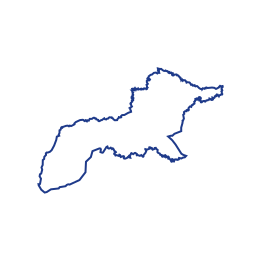 José Pedro Varela, Lavalleja, Uruguay, rotated 341°
{"feature_id": "84410073B20043717754830", "entity_name": "José Pedro Varela", "entity_type": "district", "adm_level": 2, "iso_a3": "URY", "parent_name": "Uruguay", "parent_adm1": "Lavalleja", "projection": "natural_earth1", "projection_center": [-54.355, -33.484], "detail": "fine", "context": "isolated", "style": "outline", "palette": "blue", "viewbox_px": 256, "rotation_deg": 341, "n_neighbors": 0, "source": "geoboundaries", "source_scale": "gbopen_adm2", "svg_char_len": 5965}
<svg xmlns="http://www.w3.org/2000/svg" viewBox="0 0 256 256"><g transform="rotate(341 128 128)"><path d="M120.3,117.0L118.1,116.4L117.1,115.1L116.7,113.7L116.0,113.3L116.0,112.6L115.0,112.4L114.3,111.9L113.2,112.0L112.4,112.6L111.0,112.4L110.2,112.8L109.0,112.1L108.7,111.1L105.9,112.0L105.3,111.8L103.3,112.2L102.8,112.1L102.3,111.6L102.4,110.6L100.8,109.5L100.9,108.8L100.7,108.4L99.9,108.2L99.7,107.5L98.6,107.1L96.9,107.6L94.8,106.9L93.3,108.3L92.1,107.5L91.3,108.4L90.8,108.0L90.8,107.3L90.5,106.8L89.1,107.2L88.4,105.9L87.9,105.5L85.2,104.9L80.5,105.4L78.7,106.3L78.6,107.1L75.4,107.6L74.7,107.6L73.8,106.8L72.7,107.2L71.9,106.2L70.2,105.8L67.0,105.8L66.1,106.3L65.8,105.6L65.0,105.8L63.7,107.7L62.5,107.9L61.6,110.4L60.2,111.9L60.4,112.9L57.9,113.0L56.3,115.9L52.4,120.6L48.6,124.1L46.3,125.1L44.1,125.1L43.1,124.7L42.1,125.2L41.7,126.8L39.5,128.0L38.6,130.0L37.0,130.6L35.3,135.2L33.4,137.1L33.3,139.5L31.1,142.8L29.7,143.1L28.7,144.9L29.2,147.6L27.3,151.0L26.6,152.2L26.1,152.5L25.1,152.0L24.9,153.1L25.9,158.1L28.2,161.9L30.3,162.1L35.2,160.9L42.8,162.6L44.1,161.7L50.0,162.7L51.5,161.9L52.7,161.8L53.7,162.0L54.4,162.5L65.2,161.4L73.4,156.0L77.3,146.2L83.4,143.4L86.9,138.3L94.3,138.0L95.3,138.5L95.4,139.4L94.1,141.8L95.6,143.0L96.4,143.0L101.5,138.9L102.5,138.8L102.5,140.5L103.2,141.2L104.1,141.3L105.3,141.0L106.0,142.7L107.0,142.3L107.5,143.4L107.6,145.2L108.6,146.4L108.7,146.9L106.7,147.5L106.5,148.1L107.0,148.7L107.2,149.9L108.3,149.9L110.1,151.3L111.1,150.4L111.7,151.0L111.8,151.7L111.5,152.3L111.7,153.1L113.6,153.0L114.5,153.1L115.0,153.6L114.2,154.9L114.3,155.5L115.2,156.0L117.2,156.0L118.4,155.4L120.5,156.8L120.6,155.5L120.2,154.5L121.8,154.1L122.6,153.0L123.1,152.9L124.4,154.4L126.2,153.8L126.7,153.9L127.9,155.4L127.4,156.3L127.5,156.7L128.3,156.7L130.2,158.2L131.7,157.9L132.6,159.9L133.1,160.1L133.4,159.9L133.6,158.9L136.5,157.1L137.9,155.5L138.1,155.1L137.5,154.3L137.4,153.8L137.5,153.6L139.0,154.6L141.9,154.6L141.8,153.3L142.4,153.3L144.2,155.0L143.9,155.7L144.2,156.5L146.4,156.4L146.8,155.6L147.8,155.8L148.1,157.2L148.9,158.4L148.0,160.3L148.3,161.2L149.8,162.6L149.8,163.9L150.8,164.3L150.9,165.9L151.1,166.3L151.5,166.2L152.1,165.6L152.9,167.0L153.2,166.9L153.7,165.8L154.4,165.8L154.9,166.8L154.4,167.6L154.4,168.1L156.6,168.0L157.1,168.9L156.1,169.7L156.1,170.2L157.4,170.7L157.9,172.4L158.0,173.8L158.3,174.1L159.0,174.0L159.3,173.1L159.2,172.0L159.6,171.7L160.1,172.1L160.3,172.8L160.2,174.4L160.6,174.6L161.7,173.1L162.4,173.0L163.4,173.7L163.9,173.6L164.3,174.2L165.6,174.3L166.2,174.0L166.2,173.2L166.5,172.9L168.5,174.2L170.3,173.9L172.2,174.2L173.9,173.3L171.6,171.5L170.1,169.7L167.6,159.2L165.8,153.9L163.2,149.1L166.3,149.3L167.4,149.8L170.0,148.6L177.3,148.3L178.4,145.0L181.1,141.1L181.4,140.3L181.8,139.9L182.0,138.8L182.6,138.7L183.9,137.3L184.5,133.5L185.8,132.9L186.1,131.2L187.5,130.7L188.8,131.2L189.2,130.9L189.3,130.2L190.0,130.1L190.9,131.0L191.4,130.7L191.6,129.3L192.0,128.6L193.7,127.8L194.7,128.6L195.7,127.2L196.6,127.4L197.6,126.6L198.6,126.7L198.9,126.4L199.2,124.7L200.0,124.5L200.3,123.9L201.1,123.7L201.1,122.5L202.6,122.4L203.1,123.7L204.4,123.1L204.6,122.3L205.4,121.9L206.2,122.4L206.6,123.2L206.4,124.0L204.5,125.3L205.9,126.4L205.4,127.4L206.0,127.7L207.9,127.0L209.0,127.3L209.4,128.1L209.7,128.2L211.1,127.4L212.5,127.8L213.3,127.4L214.4,127.7L214.7,126.8L215.7,127.8L216.4,127.9L216.3,128.7L217.1,128.9L217.5,128.7L217.5,127.2L217.7,126.7L218.7,127.8L219.8,127.4L220.4,126.3L221.8,126.7L222.6,126.5L222.2,125.6L222.8,125.2L223.5,125.6L223.2,126.5L224.1,126.7L224.3,127.6L225.1,126.8L226.0,126.9L227.1,126.5L227.7,127.0L228.0,126.9L228.2,126.6L228.0,126.2L228.3,124.7L228.5,124.4L228.3,123.7L229.4,123.1L229.4,122.2L229.1,121.9L229.5,120.6L230.8,120.1L231.1,119.4L231.1,119.1L230.5,119.0L229.4,119.3L229.2,118.5L228.8,118.1L227.4,118.8L227.2,119.2L224.2,119.7L223.8,119.6L222.8,118.2L220.6,117.1L216.3,116.1L215.3,115.2L214.6,115.2L214.7,115.6L214.5,115.8L214.2,115.6L213.2,115.9L211.7,114.8L210.6,115.6L210.6,115.1L209.3,114.7L208.2,113.3L207.1,111.0L206.5,110.7L205.3,110.6L204.9,110.1L204.9,109.2L203.2,109.2L203.0,108.9L203.1,108.4L202.4,107.9L202.4,107.6L201.7,107.7L201.2,105.3L200.9,104.9L198.9,104.0L198.2,104.1L198.3,103.1L197.9,102.9L197.6,101.6L196.1,100.8L195.2,101.2L194.9,99.7L194.1,100.1L194.3,99.4L193.8,99.3L193.7,98.8L194.0,97.6L193.4,97.2L193.4,96.4L192.7,95.7L192.8,95.0L192.1,94.2L191.4,94.1L191.3,93.2L189.6,92.7L189.1,92.8L188.7,92.5L188.1,93.1L187.4,92.9L187.0,92.4L187.0,91.9L188.0,91.6L188.2,90.8L187.4,90.4L187.0,89.7L186.3,89.6L186.2,89.9L184.9,89.6L184.4,89.0L185.0,88.3L184.1,88.0L183.9,87.1L182.8,86.7L182.3,85.9L181.6,86.1L180.6,85.7L179.5,84.5L178.7,83.0L177.1,82.4L175.6,81.4L175.5,81.9L176.2,83.3L175.6,83.6L175.1,83.3L174.9,83.6L175.1,84.1L175.7,84.3L175.5,86.0L174.7,85.6L173.5,86.0L172.5,84.7L170.4,84.3L168.0,85.3L166.7,85.1L164.4,85.9L164.1,86.6L162.4,87.5L162.3,88.1L164.1,88.4L164.6,89.2L163.8,89.9L161.6,89.4L161.1,89.6L160.7,91.1L161.1,92.7L159.6,93.2L159.6,94.8L159.2,95.7L159.5,96.2L159.1,96.3L158.5,97.3L157.9,97.3L157.7,96.5L156.4,95.9L155.5,96.4L155.2,95.8L153.8,96.1L153.3,95.1L153.1,95.1L153.1,95.7L152.7,95.8L152.1,95.1L150.2,95.0L149.8,94.6L150.3,94.2L150.3,93.9L148.9,94.4L148.8,93.9L148.2,94.0L147.9,93.2L147.6,93.8L147.2,93.9L147.3,92.6L146.2,93.1L145.5,92.4L144.7,92.3L144.7,92.5L145.2,92.8L144.7,93.5L145.3,94.2L143.9,93.8L144.2,94.4L143.9,94.8L143.8,95.8L144.2,96.2L143.7,96.6L143.7,97.4L143.2,98.0L143.7,98.3L143.6,98.6L142.3,99.4L142.8,99.6L142.7,100.1L142.3,100.0L142.0,100.4L142.3,100.8L141.8,100.9L142.7,101.7L142.3,102.1L141.5,102.0L141.6,102.5L142.1,102.9L141.9,103.5L141.3,103.6L141.0,103.1L140.6,103.2L140.5,104.5L139.0,105.1L138.7,105.3L138.7,106.0L138.2,106.1L138.7,109.0L136.3,109.6L136.6,109.9L136.1,111.4L136.4,112.6L136.2,113.7L133.3,113.7L128.9,114.5L126.6,113.9L125.3,114.5L125.1,115.6L124.6,115.7L123.0,114.8L122.8,115.4L121.4,115.8L120.3,117.0Z" fill="none" stroke="#1e3a8a" stroke-width="2"/></g></svg>